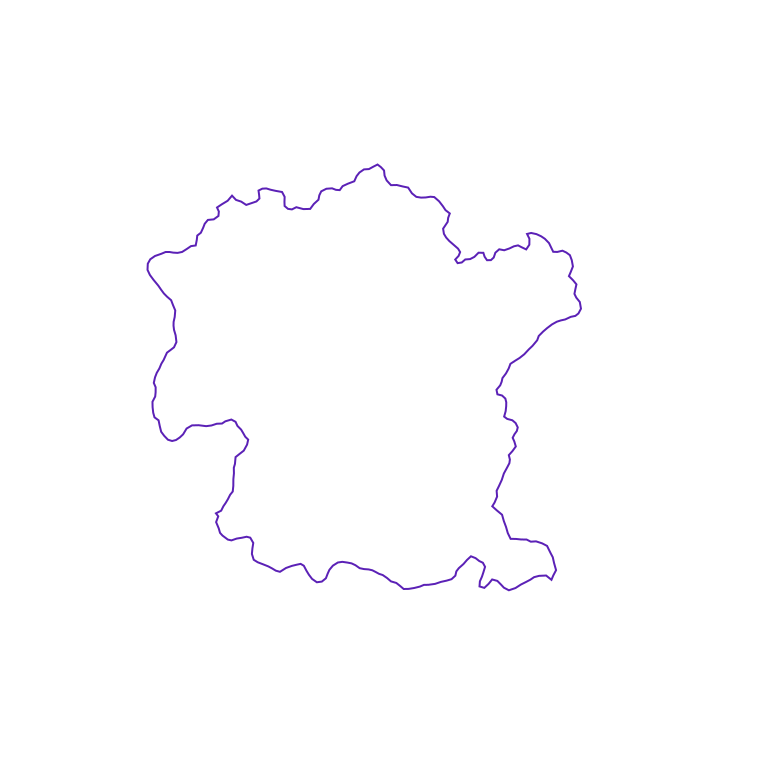 outline of Cristália, Minas Gerais, Brazil, rotated 43°
{"feature_id": "56859067B10808930633928", "entity_name": "Cristália", "entity_type": "district", "adm_level": 2, "iso_a3": "BRA", "parent_name": "Brazil", "parent_adm1": "Minas Gerais", "projection": "albers", "projection_center": [-42.811, -16.709], "detail": "fine", "context": "isolated", "style": "outline", "palette": "violet", "viewbox_px": 768, "rotation_deg": 43, "n_neighbors": 0, "source": "geoboundaries", "source_scale": "gbopen_adm2", "svg_char_len": 4605}
<svg xmlns="http://www.w3.org/2000/svg" viewBox="0 0 768 768"><g transform="rotate(43 384 384)"><path d="M640.0,413.0L638.4,408.6L636.8,402.8L630.4,398.9L625.6,395.6L621.3,394.1L617.3,392.6L613.7,391.2L608.3,392.7L602.5,395.4L598.9,399.2L594.4,400.5L590.3,404.2L586.2,407.3L582.2,410.9L576.2,408.6L570.7,405.3L565.1,402.5L559.5,399.1L552.5,399.5L546.6,399.6L545.7,395.2L543.5,389.2L539.2,385.3L537.6,380.0L535.5,373.7L532.7,367.7L531.0,361.1L529.7,356.4L527.6,353.4L523.8,350.9L523.7,345.5L523.0,339.8L518.4,337.1L514.8,335.6L513.7,331.8L513.2,327.8L511.4,324.5L506.9,322.8L502.6,323.0L497.9,325.5L494.1,325.9L491.5,320.9L488.5,316.9L485.9,314.0L482.7,311.9L478.2,311.9L474.0,314.2L470.2,311.5L469.9,305.7L468.5,302.1L466.6,298.9L466.0,293.1L464.6,287.6L462.7,283.0L464.0,277.7L465.4,272.5L466.3,266.6L466.3,259.9L466.6,254.9L466.2,247.5L464.4,243.3L464.6,237.1L465.2,231.7L466.2,225.9L467.9,220.6L469.9,217.0L472.5,213.2L474.8,207.5L477.5,203.7L478.1,199.8L476.7,194.6L471.3,190.5L465.7,189.7L461.8,188.2L459.2,184.0L456.8,179.9L451.6,179.2L445.7,179.0L444.2,174.8L442.0,169.2L436.9,165.4L432.1,163.0L427.7,163.5L423.6,164.8L420.7,169.2L417.6,171.9L414.2,170.6L408.6,168.4L402.6,168.1L398.2,168.8L393.3,170.4L388.6,173.2L386.3,176.7L391.3,178.6L395.3,183.0L396.2,188.6L391.1,190.2L387.5,191.2L385.1,194.7L383.3,199.3L380.7,204.2L376.4,206.9L375.9,212.0L378.0,216.7L377.7,220.5L374.9,223.2L370.8,222.3L367.2,220.3L363.6,223.5L363.4,229.4L361.8,233.9L358.5,237.5L358.0,242.1L355.4,245.4L351.2,244.4L351.2,239.4L349.7,235.6L345.8,234.5L339.9,234.7L334.2,234.9L329.6,234.5L325.4,233.3L321.3,230.1L320.0,222.0L317.6,218.7L315.8,214.4L310.4,214.9L305.8,213.8L299.7,212.8L293.3,213.0L290.3,215.3L287.2,219.2L284.0,222.4L280.0,225.1L274.4,225.5L267.7,223.9L262.9,226.8L257.7,229.7L253.5,233.8L247.1,233.3L242.3,231.2L238.4,227.8L233.8,227.5L229.6,227.9L228.0,232.3L226.4,237.1L223.0,240.7L221.8,246.1L222.2,250.7L224.0,256.0L221.0,262.1L218.8,267.5L219.4,272.4L216.4,274.8L212.6,276.3L208.7,280.5L206.7,285.9L208.0,290.1L210.4,293.9L209.9,300.2L210.6,306.3L205.7,311.1L199.3,314.5L197.6,319.1L194.3,321.4L189.9,321.6L186.9,318.6L183.7,314.9L178.5,313.1L173.1,316.6L168.5,319.3L164.6,321.2L161.8,324.1L160.3,328.1L163.6,330.8L166.4,333.3L166.2,337.5L163.8,342.0L161.1,347.0L155.2,348.0L150.2,350.3L144.4,349.9L144.7,356.6L142.8,363.3L141.5,368.8L145.6,370.5L148.3,374.0L147.2,379.7L143.3,384.1L143.6,389.1L145.2,393.1L146.9,398.3L146.2,402.8L148.8,406.3L151.8,411.1L148.8,414.8L147.7,419.7L146.3,425.1L143.6,428.9L140.2,431.7L137.0,433.8L134.2,436.5L132.4,440.5L129.2,446.6L128.0,452.2L129.2,457.1L133.2,461.8L138.4,463.9L144.3,465.0L151.9,466.0L156.9,467.1L161.2,467.9L165.7,468.1L171.2,467.9L175.9,470.2L181.2,472.6L185.2,477.7L187.8,482.1L190.3,484.9L193.5,487.6L198.4,490.5L203.6,494.9L205.4,500.4L204.7,504.7L203.9,509.1L205.1,512.7L206.5,516.9L207.3,520.9L209.1,525.8L210.2,530.8L212.0,535.3L214.9,540.2L219.2,542.1L222.6,545.8L225.2,549.2L226.8,554.9L230.6,558.8L234.8,562.4L238.9,564.9L243.9,564.3L248.7,567.7L253.6,570.9L258.6,571.8L264.0,572.1L267.9,570.2L270.1,566.8L271.1,562.4L271.4,557.8L270.0,551.2L271.8,545.2L276.5,540.6L282.7,536.1L286.1,532.0L288.8,527.1L292.5,523.4L293.4,519.5L296.6,514.1L301.2,512.9L305.4,514.6L310.6,514.8L314.4,515.9L318.5,517.2L322.6,517.3L325.2,521.7L326.9,528.4L326.1,533.3L325.3,538.7L329.5,544.1L331.3,547.7L335.2,551.7L338.8,556.4L343.3,561.3L346.7,565.8L347.0,569.9L348.4,574.7L349.3,578.9L349.9,582.9L351.3,587.7L349.3,593.2L353.0,593.8L355.4,599.5L361.6,602.3L365.6,604.7L369.2,605.0L375.9,604.3L379.1,602.4L381.7,597.5L384.9,593.4L387.7,589.4L391.0,587.6L396.8,589.4L399.9,594.0L403.3,598.4L408.6,601.4L413.2,600.5L418.4,598.4L423.8,596.3L427.9,595.2L432.2,594.3L436.0,592.3L437.8,585.4L440.7,579.8L443.4,575.7L445.7,572.4L449.3,571.6L454.5,573.4L459.1,574.7L464.3,575.6L470.1,574.8L473.3,570.9L474.0,565.7L472.1,561.0L470.8,557.1L470.5,551.7L472.0,546.0L474.8,542.5L478.8,539.7L482.6,537.3L486.7,536.0L491.8,535.3L495.6,533.0L499.2,530.1L502.5,528.2L506.0,527.2L509.9,526.2L513.3,524.6L518.6,523.8L523.7,523.6L528.7,521.1L533.6,520.7L538.2,520.5L541.8,517.0L545.2,512.6L548.4,507.7L550.2,503.7L553.4,500.6L557.7,495.3L560.6,489.9L563.9,485.1L566.5,480.7L566.9,475.5L564.7,471.7L564.3,467.7L564.9,461.4L564.7,456.1L565.1,450.7L569.7,448.9L574.4,448.5L578.2,447.3L582.6,448.8L585.1,453.9L587.0,458.0L588.7,462.9L591.9,466.9L596.4,464.7L596.8,458.9L596.4,453.2L601.2,450.7L606.4,450.9L610.6,451.2L616.0,449.7L619.3,443.6L620.9,437.3L622.9,431.9L624.5,427.3L625.5,422.9L628.3,418.5L633.2,413.5L640.0,413.0Z" fill="none" stroke="#5b21b6" stroke-width="2"/></g></svg>